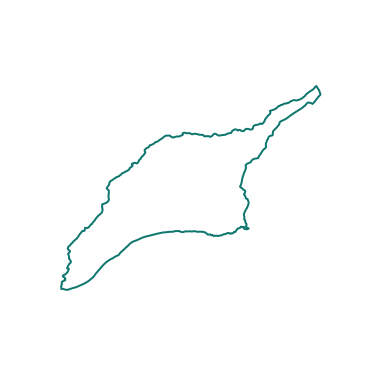 Icononzo, Tolima, Colombia, rotated 235°
{"feature_id": "7082276B29994839767067", "entity_name": "Icononzo", "entity_type": "district", "adm_level": 2, "iso_a3": "COL", "parent_name": "Colombia", "parent_adm1": "Tolima", "projection": "equal_earth", "projection_center": [-74.537, 4.121], "detail": "fine", "context": "isolated", "style": "outline", "palette": "teal", "viewbox_px": 384, "rotation_deg": 235, "n_neighbors": 0, "source": "geoboundaries", "source_scale": "gbopen_adm2", "svg_char_len": 6058}
<svg xmlns="http://www.w3.org/2000/svg" viewBox="0 0 384 384"><g transform="rotate(235 192 192)"><path d="M187.6,29.4L186.9,30.4L184.1,32.8L183.4,33.8L183.1,34.5L181.3,40.4L180.4,42.7L180.2,44.1L179.8,45.8L178.9,50.6L178.5,54.4L178.4,57.0L178.7,58.6L178.8,62.0L179.0,62.8L180.2,66.0L183.0,76.9L183.7,81.2L183.7,85.1L183.6,87.0L183.2,88.8L183.1,92.3L182.6,94.9L182.5,95.9L182.7,96.7L183.4,98.4L183.7,101.5L184.1,104.1L184.8,109.2L185.3,111.7L185.3,112.9L185.3,114.5L184.8,116.9L184.2,119.0L182.9,125.9L182.5,127.2L177.8,139.6L175.2,145.6L173.8,147.8L172.4,150.6L170.2,153.9L169.6,155.9L167.9,158.2L167.5,159.1L166.2,159.7L164.8,160.9L164.1,162.0L163.7,163.6L163.4,164.2L161.6,166.7L161.2,167.6L160.2,168.6L159.5,169.6L159.4,169.9L158.7,171.2L157.8,172.3L155.8,174.1L155.3,175.4L153.7,177.3L153.3,178.0L152.4,178.6L151.5,179.6L150.8,179.6L149.8,180.2L148.6,180.3L148.0,180.6L147.7,180.9L147.0,182.5L146.3,182.8L145.6,182.8L145.4,183.1L145.2,184.0L144.1,184.2L143.6,184.5L143.3,185.5L142.5,186.2L142.0,187.2L141.0,188.1L140.6,189.0L140.4,189.8L139.8,190.8L139.5,191.6L139.3,193.5L138.3,195.4L138.2,196.5L138.0,197.3L137.6,198.2L137.0,198.8L136.3,199.4L135.8,199.4L135.7,199.6L135.5,200.8L134.8,201.7L134.8,202.3L135.1,203.2L135.1,203.6L135.0,203.9L134.6,204.2L134.5,204.8L135.0,205.6L135.2,206.7L135.8,207.8L135.8,208.4L135.3,209.8L135.1,210.8L135.1,211.3L135.5,211.8L135.5,212.1L135.4,212.3L134.1,213.4L133.6,214.4L133.2,214.3L132.7,213.8L132.2,213.7L131.5,214.0L130.9,214.5L130.1,215.5L129.7,216.2L129.6,216.8L129.7,217.4L129.9,217.4L131.3,216.6L132.1,216.3L132.6,216.3L133.2,216.9L133.7,217.7L134.1,218.0L134.6,218.2L135.7,218.2L136.0,218.4L137.2,218.6L138.3,219.3L139.3,219.1L139.8,219.1L140.9,220.2L142.4,221.0L143.6,221.4L144.6,222.5L146.2,225.1L146.6,225.8L147.2,227.5L149.5,231.1L150.4,232.0L151.6,232.7L154.6,233.4L155.3,232.7L156.0,232.5L157.8,233.1L158.3,233.1L159.3,233.4L160.1,233.2L160.5,233.6L160.9,234.5L161.8,235.7L162.3,236.1L162.7,236.2L163.1,236.2L164.5,235.4L166.2,235.2L168.0,234.4L169.0,234.6L169.5,235.8L169.8,236.2L170.5,237.0L171.6,238.4L174.0,240.7L177.2,244.8L180.5,249.8L181.5,250.5L182.4,250.8L183.0,251.2L183.3,251.7L183.5,252.4L183.5,253.5L182.8,256.9L183.0,257.7L183.5,258.7L183.7,259.5L183.7,260.8L183.5,262.0L183.1,262.9L181.9,265.4L181.9,266.0L182.5,266.6L183.0,267.6L184.7,272.2L185.3,273.3L185.7,275.0L185.9,277.1L186.1,278.0L186.8,278.8L188.0,279.3L188.6,279.7L189.2,280.3L191.3,283.1L192.0,284.8L193.0,286.3L193.2,286.9L193.2,287.6L193.1,288.4L192.4,289.7L192.4,290.7L192.7,291.2L194.0,292.0L195.3,293.3L196.4,298.9L197.4,302.2L197.9,302.9L198.7,303.6L198.9,304.2L199.0,304.8L198.2,309.7L198.0,311.6L198.2,317.5L198.1,322.2L197.7,329.8L198.0,334.4L198.7,337.0L198.7,338.2L198.3,339.0L196.9,340.2L195.1,341.3L195.4,343.3L196.4,346.7L197.4,349.8L197.9,352.3L198.1,352.9L198.5,353.3L202.3,354.4L207.4,354.6L207.4,353.0L207.1,352.3L206.6,350.4L206.6,349.5L206.7,347.5L206.7,344.2L206.5,341.4L205.8,339.2L205.7,334.7L206.5,331.5L207.1,330.0L208.9,328.1L209.4,326.4L209.7,324.8L209.6,322.6L209.8,321.9L210.2,321.2L210.4,320.0L211.1,319.0L211.5,318.2L211.6,316.3L212.4,314.2L212.2,313.2L212.6,312.3L212.7,311.7L212.3,310.1L212.2,307.9L212.6,306.1L213.7,302.4L212.1,301.7L211.3,301.0L210.9,297.7L210.4,296.4L210.0,294.6L209.6,293.7L208.3,291.7L207.6,289.6L207.6,288.4L207.8,288.0L208.8,287.4L209.0,287.0L209.2,284.8L209.9,283.6L210.6,281.9L210.7,280.8L210.5,280.1L210.3,279.6L209.0,278.1L208.9,277.3L209.1,276.7L209.7,275.5L211.3,274.3L212.6,272.7L212.7,272.3L212.7,271.5L212.3,269.5L212.6,268.5L212.9,268.2L214.1,267.5L214.3,267.2L215.1,267.0L215.6,266.6L215.8,266.3L216.1,264.9L216.2,264.7L217.5,264.4L218.8,262.9L219.0,260.3L218.9,259.8L218.1,258.4L218.1,257.6L218.9,256.0L219.2,255.2L220.0,251.6L221.0,249.9L222.8,246.3L223.4,245.9L226.1,244.7L226.8,243.9L226.9,243.0L226.4,240.1L226.8,238.5L227.0,238.3L228.1,237.8L230.5,234.2L231.1,233.9L232.1,233.9L232.7,233.5L234.8,230.7L236.6,229.3L238.0,227.8L238.5,227.2L239.0,225.6L239.2,225.2L241.8,223.6L243.0,221.5L244.4,220.3L245.1,219.6L245.3,219.0L245.3,218.0L245.1,217.8L244.4,217.5L244.2,217.3L244.2,216.8L244.7,214.0L245.1,212.9L246.2,211.4L246.5,210.7L247.3,208.0L248.4,207.1L249.4,206.5L250.5,206.4L251.1,206.0L252.8,203.4L253.1,202.9L253.3,200.9L253.2,199.9L253.1,199.2L253.1,196.8L253.2,194.8L253.1,192.8L253.9,190.2L253.8,189.9L253.4,189.0L253.4,188.8L253.7,187.5L253.9,185.3L254.4,184.6L254.4,183.9L253.7,182.8L253.7,182.5L253.6,181.6L254.0,180.4L253.9,178.8L253.7,177.5L253.1,176.9L251.6,176.6L250.9,176.1L249.9,173.2L249.7,171.0L248.7,169.0L248.4,166.7L247.4,165.4L247.1,164.4L247.1,163.1L247.7,162.6L248.4,162.1L249.1,161.4L249.1,160.7L249.5,159.3L249.5,158.9L249.0,158.4L248.2,158.6L247.6,158.4L247.3,157.2L247.3,154.7L246.5,153.3L246.3,152.5L246.7,150.2L247.0,147.3L247.4,145.6L247.0,143.9L247.0,142.5L246.8,141.3L247.4,139.0L247.5,137.6L247.5,134.6L247.6,132.1L247.5,131.1L247.4,130.2L246.6,129.3L245.7,128.5L244.6,125.6L244.0,124.4L243.7,124.2L243.3,124.2L241.4,124.8L240.7,124.6L238.2,122.7L237.8,122.3L237.1,121.8L236.4,121.0L233.7,119.8L233.1,119.1L232.5,118.0L232.3,116.7L232.6,114.2L233.2,112.0L233.2,111.3L232.9,110.8L231.8,110.3L231.1,109.7L229.7,109.1L228.4,108.2L227.5,107.4L226.9,106.3L226.6,105.2L226.3,101.4L226.0,100.6L225.5,98.4L224.4,95.4L224.1,93.7L223.2,91.7L223.4,90.7L222.4,87.5L222.4,86.3L222.7,85.5L223.6,84.3L223.8,83.6L222.5,82.5L222.0,81.7L222.1,81.1L222.8,80.2L222.9,79.4L222.4,78.2L221.9,76.0L220.0,71.3L219.9,69.3L219.4,65.7L219.0,64.8L218.7,62.9L218.3,61.6L218.0,59.1L217.0,57.9L216.5,57.6L215.7,57.6L214.0,58.1L213.4,58.0L213.0,57.5L212.5,55.2L212.0,54.9L210.3,54.5L209.1,53.9L208.0,53.1L204.7,53.0L204.1,52.6L203.7,51.8L203.4,49.8L201.5,46.3L201.3,46.0L201.0,46.0L200.8,46.1L200.3,46.8L199.6,46.9L199.0,46.2L197.9,44.4L197.3,42.1L197.3,40.4L197.5,38.9L197.4,38.1L197.0,37.9L196.2,38.0L195.2,38.6L194.9,38.6L193.7,38.5L193.0,38.0L192.9,37.9L193.4,37.7L193.1,37.1L192.8,37.1L192.7,36.9L192.7,36.2L193.0,34.7L192.9,33.7L191.0,32.4L190.3,31.3L189.5,30.5L188.3,30.0L187.6,29.4Z" fill="none" stroke="#0f766e" stroke-width="2"/></g></svg>